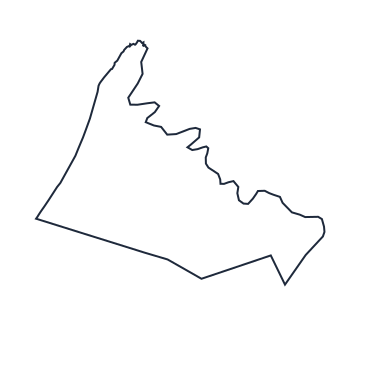 outline of La Paz, Colonia, Uruguay, rotated 121°
{"feature_id": "84410073B4757199260074", "entity_name": "La Paz", "entity_type": "district", "adm_level": 2, "iso_a3": "URY", "parent_name": "Uruguay", "parent_adm1": "Colonia", "projection": "natural_earth1", "projection_center": [-57.32, -34.388], "detail": "fine", "context": "isolated", "style": "outline", "palette": "slate", "viewbox_px": 384, "rotation_deg": 121, "n_neighbors": 0, "source": "geoboundaries", "source_scale": "gbopen_adm2", "svg_char_len": 1604}
<svg xmlns="http://www.w3.org/2000/svg" viewBox="0 0 384 384"><g transform="rotate(121 192 192)"><path d="M223.5,64.6L187.4,62.1L162.7,56.9L158.0,57.9L153.7,61.0L148.3,66.7L148.3,71.1L155.2,82.1L155.9,87.9L158.0,95.9L154.6,108.8L150.9,114.1L152.4,120.8L153.2,125.3L153.5,130.3L157.2,136.0L160.6,136.0L166.4,136.4L173.3,137.8L175.4,141.9L174.9,147.5L169.7,152.5L163.8,154.9L161.3,162.1L164.8,165.7L168.5,168.7L170.3,171.8L166.7,174.3L163.1,178.9L162.6,190.5L160.5,194.7L155.3,198.0L151.0,198.8L146.1,200.6L145.6,203.2L148.2,205.8L152.4,209.3L155.9,213.4L156.0,218.9L152.0,217.4L141.5,214.0L134.2,217.4L135.2,221.9L139.1,226.5L150.5,235.4L155.6,242.8L152.1,252.0L154.6,258.9L156.0,267.6L151.6,268.4L142.7,265.0L135.2,264.5L134.4,270.2L138.8,275.8L145.3,283.7L148.9,289.9L144.0,295.2L126.9,294.4L116.2,295.2L106.7,302.5L91.8,304.1L91.4,305.9L90.7,307.5L90.2,307.7L90.2,308.3L90.8,308.5L91.6,308.7L91.6,309.4L90.1,310.0L88.8,310.7L89.7,311.2L90.0,311.6L89.6,312.8L89.2,314.3L90.2,316.3L92.3,316.2L94.5,316.4L95.1,316.7L95.1,317.6L95.2,318.5L97.2,319.8L97.1,321.2L98.1,320.9L98.2,320.1L99.3,320.3L99.1,321.0L101.2,322.5L105.1,323.3L106.8,323.1L109.4,324.0L117.9,323.7L120.1,324.5L121.1,324.8L121.8,324.5L122.9,323.9L127.7,323.9L128.5,324.7L139.1,326.4L144.7,327.0L146.5,327.1L149.1,326.8L154.8,324.5L181.7,317.3L193.0,315.1L201.5,313.5L206.5,312.8L213.4,311.8L221.0,310.6L243.7,309.8L252.1,309.5L257.1,310.2L272.4,310.7L280.2,311.1L285.8,311.5L287.7,311.6L290.5,311.7L292.5,311.7L295.2,311.9L268.4,201.4L262.4,178.2L261.5,139.2L205.8,91.8L223.5,64.6Z" fill="none" stroke="#1e293b" stroke-width="2"/></g></svg>